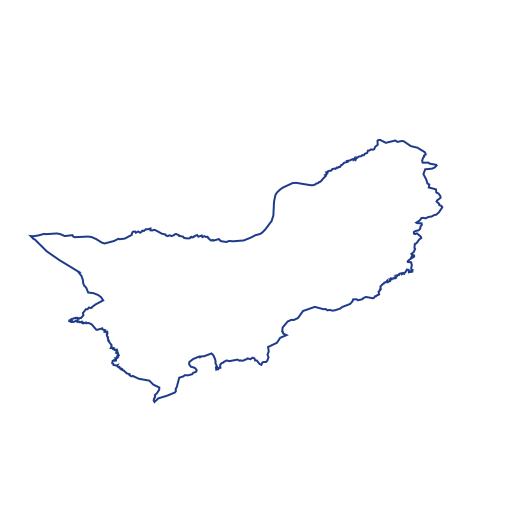 outline of Namtumbo, Ruvuma, United Republic of Tanzania, rotated 248°
{"feature_id": "72390352B4837835329020", "entity_name": "Namtumbo", "entity_type": "district", "adm_level": 2, "iso_a3": "TZA", "parent_name": "United Republic of Tanzania", "parent_adm1": "Ruvuma", "projection": "equal_earth", "projection_center": [36.206, -10.673], "detail": "fine", "context": "isolated", "style": "outline", "palette": "blue", "viewbox_px": 512, "rotation_deg": 248, "n_neighbors": 0, "source": "geoboundaries", "source_scale": "gbopen_adm2", "svg_char_len": 6026}
<svg xmlns="http://www.w3.org/2000/svg" viewBox="0 0 512 512"><g transform="rotate(248 256 256)"><path d="M358.9,54.6L355.4,56.0L354.0,57.2L338.6,63.8L325.8,72.2L307.3,86.0L307.4,85.4L303.0,86.7L298.6,86.5L295.7,85.6L293.1,85.6L290.2,86.7L285.0,86.7L282.5,91.3L279.0,95.0L275.9,96.9L272.1,97.7L271.2,89.1L270.2,85.1L269.6,84.4L269.6,83.4L270.8,81.9L269.8,79.9L270.4,78.4L267.9,74.1L265.7,73.8L264.0,70.4L264.5,69.6L264.2,68.5L264.8,67.9L264.2,67.1L265.5,67.3L265.7,65.8L266.2,65.8L266.6,61.1L265.6,61.1L266.3,58.9L265.7,58.4L264.0,60.0L263.2,62.3L263.3,64.9L261.6,65.8L261.7,67.2L260.5,67.8L260.3,70.2L259.6,70.5L259.3,69.6L258.6,70.0L258.1,71.0L258.1,73.4L257.2,73.5L256.6,75.7L254.3,78.0L247.7,80.2L247.1,80.8L246.5,86.3L245.5,86.1L243.8,88.3L242.8,87.3L242.6,88.0L242.0,87.8L241.6,89.7L239.6,89.1L239.6,88.5L238.8,88.1L236.9,87.9L236.1,88.4L235.0,87.7L232.7,87.8L232.6,87.3L227.4,88.7L225.8,87.6L225.1,88.3L224.8,87.4L223.8,89.5L223.1,88.8L222.3,90.0L221.8,89.9L221.3,91.7L220.6,91.1L220.1,91.6L219.3,90.7L218.8,91.3L218.4,90.4L217.6,91.5L216.5,90.8L216.6,91.5L215.3,91.6L214.5,89.6L213.9,90.1L213.5,89.5L213.9,87.5L213.1,87.7L212.9,86.6L212.4,87.4L211.5,87.0L212.4,83.8L210.5,82.5L209.0,83.4L208.3,83.1L206.7,85.6L206.7,86.7L206.1,86.0L204.3,86.8L204.3,87.8L202.5,87.9L202.2,88.8L201.5,88.6L201.2,89.6L200.2,89.4L199.5,90.4L195.6,92.2L193.7,94.6L192.9,94.1L191.3,95.2L190.9,95.9L191.0,96.8L186.1,101.3L180.4,110.4L175.2,112.6L170.3,117.1L168.2,116.1L165.7,112.4L164.9,110.1L162.9,109.5L161.9,108.0L160.4,107.0L158.7,107.2L160.6,112.1L159.8,120.8L159.8,129.6L160.7,131.1L162.8,131.7L164.1,133.4L171.9,139.2L171.6,143.6L172.2,145.3L170.8,148.3L170.3,152.5L171.2,154.0L171.1,157.0L172.2,158.2L173.5,158.0L175.4,157.2L177.8,154.1L180.8,153.4L182.7,154.5L184.0,159.0L184.1,165.2L183.9,166.3L183.1,166.2L183.3,167.7L182.5,170.5L182.3,178.3L179.7,179.3L175.7,179.4L173.1,179.0L172.2,178.3L168.7,178.4L167.7,177.1L165.5,176.6L165.5,177.9L166.4,178.6L165.3,178.7L166.0,180.2L165.7,181.1L168.6,182.0L169.6,184.2L169.4,185.7L169.9,186.5L170.1,189.8L168.5,191.8L166.9,199.9L164.9,201.8L165.0,202.6L164.1,203.9L163.7,205.7L164.1,207.0L163.7,208.2L164.2,209.8L162.4,212.2L163.0,214.8L161.6,216.2L159.5,216.1L158.8,217.6L154.7,218.8L153.1,220.1L154.8,222.0L155.0,222.9L154.0,225.5L154.6,227.1L157.3,229.6L160.3,229.8L162.6,232.0L167.1,233.1L167.7,242.9L171.1,247.8L171.2,254.6L173.9,252.2L175.8,252.5L176.2,252.0L179.8,254.0L183.4,260.8L183.6,264.7L182.5,267.1L182.8,271.8L187.4,279.0L186.8,291.5L181.2,298.9L180.8,300.7L178.9,301.8L178.4,304.1L176.7,306.4L176.1,308.6L175.7,314.5L176.4,316.6L176.3,325.4L177.9,328.5L179.4,329.9L178.2,333.0L176.8,333.9L176.1,338.2L176.8,340.0L176.8,342.7L173.0,348.6L173.0,349.7L174.1,351.4L173.7,352.2L174.3,353.8L174.1,354.8L174.3,355.8L176.9,356.2L178.1,358.8L178.7,358.5L179.2,359.5L181.1,359.9L182.6,363.2L182.5,364.0L183.3,365.1L183.0,366.7L184.0,368.4L182.4,368.3L182.6,370.3L183.3,370.7L182.7,371.1L183.4,371.8L184.2,371.5L183.7,372.8L184.6,372.9L183.6,374.9L184.0,376.1L183.4,376.1L183.2,376.9L184.2,376.7L184.1,378.6L184.8,379.7L185.3,379.2L184.9,381.6L185.8,382.1L185.5,384.5L184.5,384.4L184.7,385.6L184.2,386.3L185.0,386.3L184.8,388.3L186.9,390.8L186.1,392.2L183.6,391.7L183.5,392.4L184.6,392.8L183.8,393.3L183.8,394.9L183.1,394.3L182.9,395.0L184.3,395.9L184.9,395.2L186.2,395.1L189.2,397.1L192.1,397.4L193.6,394.5L194.2,394.6L195.1,396.7L196.2,402.4L197.1,402.7L197.3,400.3L198.5,401.6L199.7,400.9L200.6,403.8L203.0,406.2L204.1,405.9L207.7,407.8L207.7,409.5L210.2,413.6L210.8,416.0L212.3,416.0L216.7,413.7L216.7,411.7L217.7,410.8L219.2,411.5L219.4,413.4L218.9,416.3L219.8,418.5L221.8,419.6L222.8,421.5L224.3,421.7L226.1,417.7L226.9,417.1L227.6,421.1L229.2,423.6L228.7,425.4L227.4,427.3L227.6,430.6L226.8,433.6L227.2,436.3L226.8,438.6L228.0,442.0L231.4,447.0L232.9,446.7L234.6,445.0L235.7,445.4L238.8,443.8L239.8,444.9L240.8,448.9L242.5,449.4L245.6,448.6L247.3,447.0L250.4,447.8L254.8,441.9L257.4,443.4L259.0,442.1L263.1,442.5L269.2,441.9L273.0,445.3L271.0,452.1L271.2,455.1L272.3,457.4L273.1,457.1L276.7,451.5L277.9,451.0L280.1,445.5L282.1,445.7L284.4,447.6L285.1,449.1L286.2,449.4L286.4,451.1L287.2,451.6L289.2,451.3L296.0,446.2L299.8,440.8L307.2,435.8L308.1,434.0L308.8,429.9L310.9,428.4L312.3,418.8L317.1,414.6L317.7,412.8L317.3,411.8L313.5,410.5L312.7,407.6L310.7,405.5L310.8,404.0L311.8,402.5L311.3,400.9L311.8,399.3L309.9,397.7L310.0,395.3L309.0,393.7L309.7,392.3L309.1,390.9L309.7,388.7L309.0,386.1L309.5,385.9L307.6,384.1L308.8,383.2L309.4,383.5L308.8,382.4L309.4,382.5L309.6,381.5L309.5,378.1L310.0,376.1L309.0,376.2L309.4,372.5L308.3,370.1L308.4,368.9L307.1,367.4L307.6,365.8L307.1,364.9L307.7,364.0L307.0,362.4L307.6,361.8L308.0,359.3L307.0,357.8L307.7,354.7L307.1,354.3L307.3,352.5L305.8,352.9L305.3,350.7L304.7,351.3L304.2,350.9L302.2,346.2L301.6,345.7L300.7,343.0L301.0,342.2L300.3,341.0L300.6,338.8L300.1,337.7L300.2,335.6L301.0,333.5L308.7,320.8L309.9,317.5L309.4,306.8L308.7,303.5L307.0,299.2L305.2,296.8L299.7,293.1L287.1,287.3L282.6,283.6L277.1,274.5L275.2,270.1L274.9,267.9L275.5,263.2L275.0,258.4L275.0,250.5L278.2,240.3L280.0,236.8L280.1,233.7L283.0,228.9L285.6,227.9L286.2,222.3L287.1,222.0L287.1,220.2L290.3,218.4L290.8,218.7L292.1,218.1L292.4,216.7L293.8,215.5L293.6,213.4L295.3,213.4L295.5,209.8L297.5,209.2L297.4,205.8L296.9,205.2L297.1,203.9L297.9,203.5L298.1,202.6L297.4,202.0L297.3,201.1L297.9,199.2L299.6,196.1L301.3,195.6L303.5,192.2L304.0,192.4L306.2,190.3L306.6,189.4L306.1,188.0L306.1,185.2L307.6,183.6L307.5,181.6L308.9,180.1L309.9,180.1L311.8,177.2L317.2,172.8L318.5,171.2L318.5,169.5L319.3,167.8L321.0,168.5L321.4,165.1L322.1,164.0L321.2,161.4L322.1,160.2L321.2,158.5L321.0,157.3L322.8,156.0L322.6,153.3L324.0,153.0L324.5,151.7L324.5,150.7L323.5,149.5L322.1,148.7L321.3,140.8L322.7,135.7L323.5,135.0L323.1,129.9L324.3,120.4L326.2,118.0L331.4,114.3L335.2,110.6L337.0,107.4L341.4,94.8L342.5,93.8L344.1,93.6L346.1,86.2L349.7,82.6L351.5,79.8L355.1,69.0L355.9,67.8L356.5,62.4L357.7,57.0L358.9,54.6Z" fill="none" stroke="#1e3a8a" stroke-width="2"/></g></svg>